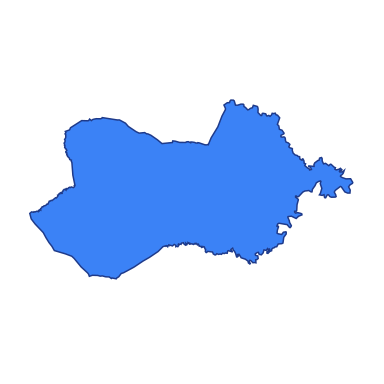 the district of Phana, Amnat Charoen, Thailand, rotated 277°
{"feature_id": "78962969B53965297473531", "entity_name": "Phana", "entity_type": "district", "adm_level": 2, "iso_a3": "THA", "parent_name": "Thailand", "parent_adm1": "Amnat Charoen", "projection": "orthographic", "projection_center": [104.854, 15.662], "detail": "fine", "context": "isolated", "style": "filled", "palette": "blue", "viewbox_px": 384, "rotation_deg": 277, "n_neighbors": 0, "source": "geoboundaries", "source_scale": "gbopen_adm2", "svg_char_len": 6046}
<svg xmlns="http://www.w3.org/2000/svg" viewBox="0 0 384 384"><g transform="rotate(277 192 192)"><path d="M231.9,340.4L230.3,339.0L229.9,336.3L230.4,335.8L231.4,336.1L231.7,337.7L232.3,338.1L233.6,336.4L232.6,335.3L231.5,332.4L232.1,331.0L233.6,331.4L234.0,330.0L236.4,326.7L236.4,325.9L234.8,324.6L236.7,321.1L236.0,319.1L238.6,317.5L241.3,317.0L242.0,316.3L241.2,314.5L239.1,314.3L238.6,313.1L235.9,310.3L234.2,309.7L232.3,310.0L232.1,304.8L231.6,304.8L231.5,305.9L230.8,306.7L228.9,307.8L228.2,306.0L229.7,305.2L229.7,304.2L231.9,300.8L233.8,301.3L234.1,299.9L236.6,299.3L238.3,298.2L238.3,297.6L237.1,297.5L237.0,296.9L238.0,295.0L240.2,294.5L240.2,293.1L241.1,291.9L241.3,289.9L243.0,287.6L245.7,286.4L247.1,286.4L247.5,285.9L247.7,284.0L248.6,282.6L251.2,283.3L252.5,281.5L253.0,279.3L254.9,278.3L255.8,278.3L257.4,277.6L257.9,276.6L257.4,274.8L257.7,273.5L259.1,273.4L260.9,276.0L261.6,276.2L264.3,273.8L264.9,271.1L268.2,270.1L269.5,268.5L276.3,270.0L278.7,267.5L278.9,266.0L280.4,265.0L279.8,263.5L279.9,262.0L278.1,261.5L276.6,260.2L277.4,258.9L276.7,257.7L276.7,256.8L278.6,255.6L278.8,252.8L278.5,252.2L276.4,251.8L276.3,251.0L278.9,247.8L282.4,247.5L284.3,246.9L284.9,246.3L285.5,242.3L283.0,241.7L282.1,239.7L280.8,238.5L280.3,237.3L282.5,234.7L283.1,233.2L284.9,232.8L285.4,232.2L285.2,229.9L283.7,226.7L283.5,224.6L287.6,222.8L288.2,221.9L288.0,219.4L287.3,218.8L285.3,218.3L284.9,216.1L282.2,213.1L279.1,215.0L277.8,215.1L271.0,212.5L259.8,209.7L248.1,204.4L240.9,202.4L241.1,201.9L240.6,201.0L240.4,199.2L241.6,193.3L241.7,191.8L241.3,191.6L241.1,189.8L241.5,188.7L241.6,186.3L241.5,184.8L240.7,184.7L241.5,182.1L241.0,180.2L240.4,179.8L239.7,173.6L240.4,169.2L240.4,166.7L238.7,166.5L236.4,156.3L239.6,151.3L243.3,144.3L244.3,141.1L244.2,139.8L245.2,137.8L244.0,132.4L245.0,129.3L249.3,120.8L252.2,117.6L254.7,111.2L254.4,109.1L254.9,93.8L254.1,93.5L253.5,92.1L253.1,88.2L252.4,85.9L251.7,84.4L250.6,83.4L251.9,81.5L250.4,80.8L250.0,80.1L249.4,73.8L241.0,63.6L238.7,62.9L236.7,58.9L235.8,59.6L234.2,58.9L233.9,59.6L231.1,60.0L229.6,59.8L228.8,59.1L227.3,59.9L225.1,59.5L224.9,59.1L223.2,59.9L222.6,59.8L222.3,60.3L220.6,60.2L220.2,60.9L219.4,61.2L219.4,61.8L218.0,62.7L216.7,61.8L215.7,62.1L215.8,62.8L215.3,63.1L213.6,63.1L213.4,63.9L212.2,64.1L210.7,66.1L209.3,66.7L208.9,68.4L208.1,68.3L206.6,69.2L194.2,71.7L184.4,75.0L184.1,74.4L183.4,74.8L182.6,74.4L181.9,73.7L182.3,71.5L181.5,70.6L181.8,69.9L181.1,68.9L180.0,68.2L180.1,67.1L178.8,66.8L179.5,66.3L178.8,65.9L179.1,64.9L177.8,63.8L177.0,63.8L175.6,62.8L174.8,63.2L174.7,62.7L175.5,62.0L174.4,60.6L174.1,60.9L173.8,60.2L172.9,59.9L172.5,59.0L171.7,59.4L169.6,58.2L169.7,57.3L166.4,54.1L166.6,53.3L165.7,52.4L165.6,51.5L162.3,50.4L162.4,49.6L160.8,48.4L160.1,46.6L159.4,46.3L159.1,45.1L157.8,44.6L157.1,43.8L155.5,44.1L155.8,43.0L155.2,42.8L155.1,42.0L154.7,42.0L154.4,42.5L153.7,41.9L154.1,40.5L153.0,38.5L153.2,37.6L152.6,37.2L152.7,35.2L151.0,33.6L145.7,35.7L141.1,40.2L133.6,49.3L128.9,52.6L124.3,56.3L121.0,59.6L117.1,62.5L115.2,73.8L113.6,80.5L111.7,83.1L104.0,91.2L99.0,98.2L97.9,99.3L95.8,100.4L97.2,103.3L97.7,108.7L97.3,111.1L97.8,113.3L97.3,116.5L97.6,120.2L96.3,122.5L96.9,123.1L96.6,127.4L97.6,127.9L98.9,129.6L102.5,131.7L103.5,133.9L110.5,143.7L117.4,151.7L122.0,157.8L128.8,165.6L134.2,169.8L135.5,172.7L135.1,172.8L135.4,173.3L134.8,174.3L135.6,174.2L135.7,175.6L136.7,175.5L136.1,179.2L137.8,180.7L137.1,182.4L135.8,182.6L136.2,183.2L136.0,184.6L137.2,185.3L138.1,184.7L138.7,184.9L138.3,185.8L138.9,186.7L138.7,187.5L140.0,187.9L140.6,189.7L140.0,189.8L139.0,190.9L139.2,191.8L138.7,191.7L138.4,192.3L138.8,192.8L140.3,192.3L139.5,193.4L140.2,193.6L140.5,194.7L141.3,194.3L140.8,196.3L140.0,196.2L140.6,198.3L140.1,199.7L140.6,200.1L140.7,201.2L141.3,201.2L141.5,202.3L141.0,202.4L140.9,203.1L140.3,203.7L141.0,204.0L141.1,204.5L140.0,205.2L139.8,205.7L139.2,205.7L139.0,207.4L138.3,208.2L139.2,208.6L138.5,209.4L139.2,210.3L139.0,210.9L137.0,211.9L136.8,212.5L134.6,212.5L133.7,213.3L133.7,213.8L135.0,214.9L134.9,219.7L133.1,220.7L132.3,222.6L132.6,223.3L133.8,224.1L133.3,226.0L133.9,227.4L133.7,228.8L135.0,229.9L134.8,231.5L135.5,232.6L135.5,234.4L137.7,234.6L138.2,235.3L137.5,239.1L138.0,239.2L139.1,237.8L139.7,237.6L141.2,239.2L139.2,240.2L138.6,241.1L136.6,242.6L133.0,244.2L133.1,245.0L134.2,245.8L135.0,244.8L135.5,244.8L135.9,246.3L132.7,248.8L131.8,253.2L130.2,256.0L128.5,256.6L127.6,258.2L128.1,258.6L130.0,257.1L131.3,257.8L131.0,258.8L129.2,261.1L129.6,262.4L129.5,264.1L132.5,263.5L132.8,264.6L134.0,265.8L136.6,265.1L136.8,263.0L137.3,262.5L138.4,262.4L139.8,264.0L140.2,265.2L138.3,266.3L138.1,268.5L140.2,270.0L143.3,270.5L143.1,272.7L145.0,273.9L143.6,274.8L144.9,275.6L144.5,276.2L143.6,276.0L142.0,273.8L140.5,273.8L140.3,274.8L142.5,276.5L143.4,278.2L144.9,278.1L146.1,279.0L146.7,280.4L147.6,281.1L148.0,282.8L150.9,283.9L151.7,287.5L152.4,288.5L158.2,288.6L161.8,290.6L163.7,290.4L163.9,289.9L163.2,287.6L160.8,286.2L161.0,282.7L161.6,281.4L164.6,281.4L168.0,282.1L168.5,281.8L168.2,280.9L168.5,280.4L170.8,281.0L171.6,282.1L171.2,290.4L168.7,293.1L168.6,293.7L169.7,294.5L170.7,294.7L173.8,292.5L175.1,292.2L178.6,290.2L179.3,290.3L180.1,293.6L178.4,298.6L180.9,300.7L182.7,303.9L183.6,303.7L184.0,302.7L184.4,299.3L183.7,297.2L184.6,296.3L185.4,296.2L185.7,297.9L186.6,298.2L192.2,297.8L197.2,298.5L197.8,298.2L199.5,295.4L200.5,295.3L200.8,295.8L200.1,297.2L200.5,298.4L205.4,302.0L206.7,303.8L207.7,307.8L206.6,310.2L206.8,311.1L209.3,311.2L213.2,313.3L216.3,314.3L218.0,316.5L218.6,318.1L218.3,318.6L215.9,318.3L211.4,320.4L206.3,319.6L204.7,318.8L204.5,321.6L205.4,323.3L202.8,324.2L202.4,324.8L202.6,325.4L205.2,326.4L205.9,327.2L205.8,327.9L204.3,329.3L203.8,330.9L204.4,334.8L205.0,335.6L206.9,334.9L208.9,333.4L209.9,333.4L211.3,334.2L215.6,338.6L215.3,339.6L210.7,343.7L209.9,346.6L210.2,348.9L213.2,348.8L216.2,346.8L218.3,347.9L220.1,350.2L221.1,350.4L224.5,347.8L223.8,343.2L224.7,339.1L225.5,337.5L226.3,337.5L227.7,339.0L229.1,339.8L231.9,340.4Z" fill="#3b82f6" stroke="#1e3a8a" stroke-width="1.5"/></g></svg>